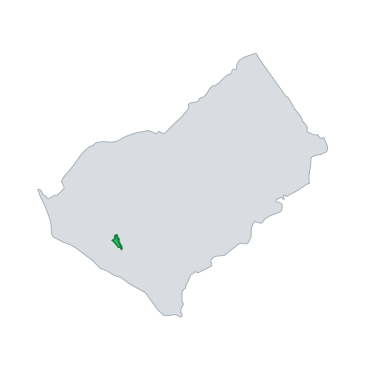 Birim South, Eastern, Ghana shown in context, rotated 55°
{"feature_id": "2480657B71012260699376", "entity_name": "Birim South", "entity_type": "district", "adm_level": 2, "iso_a3": "GHA", "parent_name": "Ghana", "parent_adm1": "Eastern", "projection": "orthographic", "projection_center": [-1.125, 5.901], "detail": "fine", "context": "in_parent", "style": "filled", "palette": "green", "viewbox_px": 384, "rotation_deg": 55, "n_neighbors": 0, "source": "geoboundaries", "source_scale": "gbopen_adm2", "svg_char_len": 5316}
<svg xmlns="http://www.w3.org/2000/svg" viewBox="0 0 384 384"><g transform="rotate(55 192 192)"><path d="M232.9,55.0L235.6,57.6L236.2,59.1L235.2,64.7L233.3,68.7L232.0,72.4L232.2,74.2L233.4,76.0L237.6,78.9L239.7,80.8L242.3,83.7L245.2,86.4L250.1,90.0L252.2,90.7L252.1,91.7L251.5,93.1L251.1,106.6L250.7,110.1L250.4,111.9L249.9,116.9L249.4,117.7L248.5,117.6L247.6,117.8L247.4,118.8L247.7,119.8L250.7,120.6L250.1,121.3L247.9,122.0L246.8,123.5L247.3,125.3L246.1,126.7L246.4,127.6L247.2,128.3L248.5,128.0L252.0,125.7L253.4,125.4L255.3,125.9L258.6,129.5L258.8,131.2L257.4,137.2L256.1,141.8L255.9,147.9L257.3,151.3L257.2,153.2L255.6,154.9L252.2,157.3L252.4,158.9L254.0,161.9L257.0,165.2L262.7,169.4L265.7,174.8L265.8,177.0L264.1,179.2L262.0,181.1L261.4,183.9L262.4,202.1L257.9,210.0L257.8,212.2L258.3,214.8L259.5,216.4L261.8,216.8L263.7,218.3L263.1,223.9L262.1,229.5L261.9,232.3L261.4,233.6L259.6,234.6L259.0,236.4L259.4,238.6L259.1,240.2L260.1,242.3L262.1,245.0L265.5,251.5L266.7,252.0L267.3,253.3L267.0,254.7L268.3,257.5L272.0,260.4L275.9,262.9L279.0,263.3L279.8,265.5L281.8,268.4L283.3,269.6L285.7,270.4L287.7,270.8L287.8,273.3L284.3,274.9L281.9,277.4L280.1,281.3L277.6,285.5L268.9,287.7L265.6,287.7L247.7,287.9L231.0,296.1L221.4,299.1L215.5,303.7L207.5,307.0L202.0,311.0L190.4,312.9L171.4,319.2L165.5,321.7L159.5,326.1L149.7,331.2L145.9,331.1L138.3,326.3L132.5,323.9L118.5,320.2L108.0,318.7L103.0,317.1L101.6,316.9L102.8,315.1L105.7,315.0L108.8,315.6L111.1,314.3L114.5,314.1L115.4,312.7L115.7,309.3L115.7,306.5L116.9,305.2L117.2,302.0L115.5,294.7L114.3,293.8L108.2,292.8L107.8,291.3L106.7,289.8L105.5,286.0L104.2,280.4L102.1,273.5L98.0,262.0L97.0,258.0L96.3,253.9L96.2,249.0L97.1,247.1L96.9,244.6L96.6,242.1L99.5,236.3L105.2,229.2L106.4,226.6L107.4,224.8L107.6,222.2L108.6,213.9L111.4,203.9L113.1,200.1L114.3,198.1L115.7,194.8L116.0,193.2L121.3,189.3L123.6,188.2L124.2,186.7L123.4,185.0L123.7,183.8L125.0,183.3L126.9,182.8L128.3,181.2L126.1,168.8L124.4,156.5L124.3,155.5L123.3,153.8L122.3,148.7L120.5,145.7L118.1,144.8L118.1,142.0L120.6,137.3L121.2,134.5L120.1,133.7L119.9,131.5L120.8,128.0L120.4,125.9L119.9,123.6L117.4,118.2L116.8,114.4L118.1,112.2L118.1,107.3L116.7,99.7L116.5,95.0L117.5,93.0L117.0,91.1L115.2,89.3L115.1,87.6L116.7,85.9L116.5,84.6L114.5,83.6L112.8,81.3L111.2,77.6L111.6,71.7L114.6,60.9L115.0,60.0L118.3,60.1L118.3,60.6L128.6,60.5L140.5,60.4L154.6,60.3L167.5,60.2L168.1,59.7L170.2,59.1L183.2,60.2L191.3,59.6L194.7,60.0L197.3,60.7L202.9,60.3L205.9,60.5L208.1,63.2L209.0,63.2L210.3,62.1L212.5,60.8L214.8,59.7L216.4,57.6L217.4,56.0L218.9,56.3L221.0,56.2L222.5,54.9L223.0,52.8L232.9,55.0Z" fill="#d9dde1" stroke="#a8b0b8" stroke-width="1"/><path d="M183.5,280.2L183.7,280.3L183.8,280.4L183.9,280.5L184.0,280.5L184.3,280.8L184.5,280.9L184.5,281.0L184.8,280.9L184.8,281.0L185.0,281.1L185.3,281.2L185.4,281.3L185.5,281.3L185.7,281.2L185.8,281.3L186.0,281.6L186.1,281.8L186.2,282.2L186.1,282.5L186.0,282.9L185.9,282.9L185.9,283.0L186.0,283.3L186.2,283.5L186.3,283.8L186.2,283.9L186.1,284.0L185.9,284.1L185.9,284.3L185.9,284.5L186.0,284.7L186.1,284.8L186.1,285.0L187.0,284.7L187.6,284.6L187.9,284.6L188.0,284.5L188.3,284.5L188.6,284.4L188.8,284.4L189.0,284.4L189.3,284.4L189.5,284.4L189.9,284.3L190.1,284.3L190.3,284.3L190.4,284.2L190.8,284.2L191.2,284.2L191.3,284.1L191.9,284.0L192.1,284.1L192.3,284.1L192.8,284.1L193.1,284.0L193.4,284.0L193.5,284.0L193.8,284.2L194.2,284.1L194.4,284.1L194.6,284.0L194.9,283.9L195.2,283.8L195.3,283.7L195.5,283.5L195.6,283.2L195.7,282.9L195.8,282.9L196.0,282.6L196.6,282.3L196.9,282.3L197.0,282.3L197.3,282.8L197.5,282.8L197.9,282.7L198.3,282.6L198.6,282.7L198.7,282.3L198.6,282.2L198.4,281.9L198.2,281.8L197.8,281.7L197.7,281.7L197.4,281.7L197.2,281.5L196.8,281.5L196.7,281.5L196.7,281.3L196.7,281.2L196.4,281.1L196.4,280.9L196.3,280.7L196.2,280.7L196.2,280.8L196.0,281.0L195.8,281.1L195.4,281.1L195.4,280.9L195.1,280.9L194.9,280.7L194.7,280.6L194.4,280.8L194.3,281.0L194.1,281.1L193.9,281.4L193.6,281.4L193.3,281.1L193.3,280.9L193.2,280.8L193.2,280.7L193.0,280.4L192.9,280.3L192.7,280.4L192.6,280.6L192.4,280.5L192.2,280.5L192.0,280.8L191.9,280.7L191.7,280.7L191.8,280.9L191.7,280.9L191.6,281.0L191.4,281.1L191.3,280.9L191.2,280.9L191.0,280.7L190.9,280.6L190.7,280.7L190.4,280.6L190.4,280.4L190.3,280.5L190.2,280.5L190.2,280.4L190.3,280.4L190.2,280.3L190.3,280.2L190.1,280.1L189.8,280.0L189.8,279.9L189.7,279.9L189.6,280.0L189.5,279.9L189.4,279.9L189.4,280.0L189.2,280.1L189.0,279.9L188.9,279.9L189.0,279.8L189.0,279.7L189.1,279.8L189.1,279.7L189.1,279.4L189.0,279.2L188.9,279.2L188.7,279.2L188.6,278.9L188.6,279.0L188.7,278.9L188.4,278.8L188.3,279.0L188.2,279.1L188.3,279.1L188.2,279.2L188.2,279.3L188.1,279.2L188.1,279.3L187.9,279.4L187.8,279.2L187.7,279.2L187.7,279.3L187.5,279.2L187.4,279.2L187.2,279.3L187.3,279.4L187.3,279.5L187.2,279.5L186.9,279.6L186.7,279.6L186.4,279.5L186.4,279.4L186.5,279.4L186.5,279.2L186.4,279.0L186.3,278.9L186.1,278.8L185.9,278.7L185.7,278.8L185.6,278.7L185.4,278.5L185.2,278.7L184.9,278.7L184.6,278.7L184.7,278.4L184.3,278.5L184.2,278.6L184.2,278.8L184.1,279.0L184.0,278.9L183.9,278.8L183.9,278.7L183.8,278.8L183.8,278.6L184.0,278.5L184.0,278.4L183.9,278.4L183.8,278.5L183.7,278.4L183.6,278.5L183.7,278.8L183.6,279.1L183.6,279.3L183.6,279.6L183.5,279.8L183.5,280.0L183.5,280.2Z" fill="#22c55e" stroke="#15803d" stroke-width="1.5"/></g></svg>